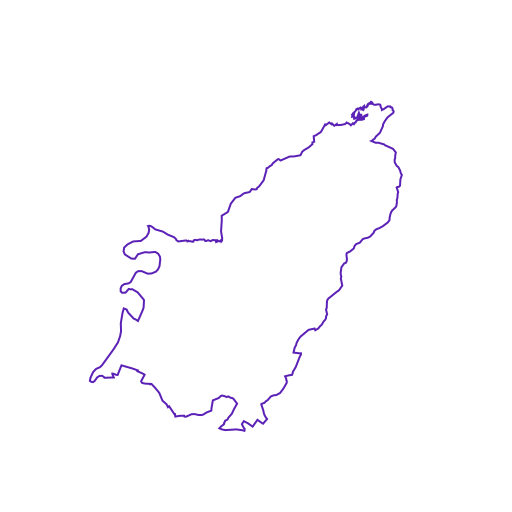 Unirea, Alba, Romania (Robinson projection), rotated 128°
{"feature_id": "2599482B55596473633613", "entity_name": "Unirea", "entity_type": "district", "adm_level": 2, "iso_a3": "ROU", "parent_name": "Romania", "parent_adm1": "Alba", "projection": "robinson", "projection_center": [23.708, 46.42], "detail": "fine", "context": "isolated", "style": "outline", "palette": "violet", "viewbox_px": 512, "rotation_deg": 128, "n_neighbors": 0, "source": "geoboundaries", "source_scale": "gbopen_adm2", "svg_char_len": 6011}
<svg xmlns="http://www.w3.org/2000/svg" viewBox="0 0 512 512"><g transform="rotate(128 256 256)"><path d="M297.0,351.6L297.0,355.9L297.3,357.6L298.1,359.0L298.8,359.5L299.0,358.9L300.9,356.5L303.8,354.9L308.1,354.2L315.0,356.0L320.1,361.7L325.7,364.3L330.5,365.1L333.9,363.2L335.5,360.4L334.8,352.7L332.7,349.7L327.3,350.1L321.4,345.9L319.0,342.3L314.8,337.9L314.4,334.5L315.7,331.2L317.8,329.2L323.4,325.8L326.7,325.0L329.9,325.2L334.0,327.5L336.6,330.4L338.3,336.8L340.4,339.5L343.1,340.4L353.7,338.7L356.1,339.6L359.1,342.4L362.1,343.4L364.9,342.7L367.2,340.8L367.4,338.8L365.1,336.2L360.3,336.0L359.5,334.3L358.3,333.0L357.5,326.9L359.5,317.5L360.1,316.8L365.9,312.8L368.5,311.9L379.9,309.0L380.0,311.2L380.6,313.9L379.4,321.6L378.3,324.3L377.8,324.9L378.7,327.9L383.1,326.1L392.3,321.1L398.4,316.0L402.7,313.8L409.0,311.6L417.4,310.8L436.7,310.1L439.7,310.5L443.4,312.5L447.7,312.9L453.8,311.5L456.7,310.0L456.6,308.5L455.8,306.8L453.9,306.2L449.4,306.4L446.7,305.4L445.1,303.3L445.0,301.3L445.3,300.5L439.3,293.3L437.6,296.4L437.1,296.8L436.5,295.8L435.7,292.9L434.9,291.8L425.0,294.7L420.8,284.3L418.9,278.7L419.8,278.5L418.5,273.5L418.1,270.7L425.5,269.4L426.0,268.1L426.1,267.5L424.9,264.9L421.8,260.5L422.1,260.3L421.2,259.5L422.0,254.2L423.4,248.0L427.6,240.6L427.9,235.3L429.3,232.3L427.9,232.0L431.0,222.5L430.6,222.3L432.2,220.7L428.9,217.7L426.1,214.3L426.6,213.5L425.7,212.2L420.4,209.4L418.5,207.3L416.6,203.3L414.7,200.8L413.1,199.8L409.7,198.6L405.3,196.0L403.3,197.4L396.3,201.1L390.8,197.9L388.2,197.6L386.9,196.9L385.8,194.6L385.2,192.2L383.7,191.4L383.3,188.6L382.5,187.0L382.4,185.8L384.0,180.0L390.5,179.0L395.2,177.9L400.3,178.2L402.6,177.8L404.8,178.9L406.3,178.4L407.3,178.4L407.6,177.9L408.5,177.7L411.4,178.5L414.3,178.8L413.7,176.2L412.1,173.0L404.8,164.8L401.7,159.5L400.9,157.5L399.3,158.4L399.0,159.7L397.2,163.6L393.6,163.9L392.8,159.3L392.5,153.6L384.2,154.0L384.1,150.6L383.8,147.2L377.6,146.9L376.9,149.6L376.0,151.6L374.4,153.9L373.5,154.7L369.6,160.6L368.6,160.3L366.4,158.9L364.5,158.8L362.5,158.1L357.4,157.8L354.8,156.2L353.1,154.4L349.2,152.7L343.5,152.8L337.1,153.7L335.6,154.7L335.0,155.9L334.1,156.6L332.9,159.0L330.0,156.8L327.4,154.4L324.2,155.7L319.1,156.3L308.8,159.4L306.0,159.9L305.0,160.7L305.8,161.6L309.0,167.0L304.4,169.1L301.8,169.5L299.1,170.6L295.5,171.2L292.1,171.3L281.8,169.1L277.1,165.2L278.0,163.6L274.7,162.3L272.1,162.3L269.7,161.9L266.0,162.4L263.5,162.2L261.8,162.6L260.3,163.7L258.2,164.0L255.0,167.9L253.4,168.3L248.0,172.2L247.0,172.6L245.1,172.8L234.4,170.3L232.2,169.5L226.2,169.8L221.6,175.2L219.7,176.1L218.2,178.0L216.9,179.1L212.7,181.5L212.1,181.8L208.2,181.9L207.4,181.9L206.0,181.0L204.1,181.4L202.5,182.4L199.6,185.3L198.4,186.1L197.6,186.2L194.6,184.7L189.9,183.6L187.4,184.5L184.9,184.4L181.6,182.4L177.1,182.3L175.3,181.3L172.9,179.2L170.3,178.0L165.0,177.6L163.5,178.2L160.9,177.7L158.3,176.1L154.7,174.5L148.4,172.8L145.4,172.9L144.1,174.0L140.2,175.9L137.7,176.6L136.1,176.7L131.8,176.0L130.4,176.1L127.4,177.7L124.9,179.7L123.4,180.2L119.8,182.6L118.1,183.3L115.4,187.4L114.6,187.1L113.5,186.0L111.9,185.8L106.9,189.3L102.3,191.0L101.7,192.8L100.0,194.9L98.4,198.3L98.3,200.7L96.8,204.3L94.9,206.0L93.0,206.7L91.5,207.9L88.3,209.6L87.2,214.0L89.3,222.6L89.2,223.8L91.4,229.3L93.1,231.4L94.3,235.9L93.3,235.4L92.0,235.3L90.3,234.7L88.3,235.1L82.7,234.2L75.9,235.8L74.0,236.9L70.6,237.5L65.8,237.7L58.7,236.0L57.7,236.3L57.1,236.8L56.9,238.3L55.9,238.9L55.5,239.7L55.3,240.7L56.0,241.5L55.5,242.3L57.1,244.4L61.7,245.8L63.4,246.7L62.7,247.3L61.7,249.6L60.7,250.6L60.3,251.4L61.3,253.2L63.4,255.0L64.3,256.6L64.2,257.6L63.5,258.9L63.8,261.2L64.0,259.9L65.7,260.7L65.6,259.5L66.5,260.6L67.5,261.3L68.2,261.2L68.5,260.5L69.3,260.4L69.5,261.0L70.0,261.0L70.8,260.5L71.8,261.6L71.7,263.0L71.4,263.2L72.3,263.4L73.4,263.1L73.7,261.8L74.0,261.6L74.2,262.2L75.0,261.7L75.2,262.9L75.7,263.3L74.7,264.4L74.9,264.6L74.7,265.0L76.4,265.6L77.1,265.4L77.5,265.9L77.2,266.4L78.4,267.3L79.3,267.3L78.5,267.1L78.8,266.9L82.3,266.9L82.7,267.3L84.4,267.3L84.2,267.1L84.6,266.8L84.7,266.3L83.2,266.3L84.7,265.7L85.5,266.3L85.2,266.8L86.5,266.4L87.1,266.6L86.9,266.4L87.2,266.1L86.4,265.6L85.0,265.5L86.1,264.8L85.9,264.5L86.0,264.1L85.2,264.1L85.9,263.9L85.6,263.3L86.3,264.1L86.8,263.6L86.9,263.9L87.2,263.5L87.1,263.3L87.4,263.1L87.1,262.7L84.4,261.6L79.8,263.1L80.8,261.6L80.4,260.8L80.5,260.5L79.3,259.3L81.4,260.7L81.6,260.3L81.2,259.6L81.6,259.5L82.2,260.1L82.4,259.8L83.0,260.7L83.3,260.3L83.1,259.6L81.7,257.7L77.9,256.4L76.0,255.3L76.3,255.0L77.5,254.9L79.4,256.2L81.7,257.0L82.2,256.7L82.0,256.1L81.5,256.0L81.7,255.7L81.3,255.5L81.7,255.2L83.2,256.3L82.1,257.1L85.2,259.8L85.4,259.6L84.6,258.4L84.7,258.0L85.3,258.7L85.2,259.0L86.5,259.5L86.6,260.0L88.6,260.1L89.3,259.7L90.3,260.2L91.8,260.0L91.7,261.3L94.6,261.7L94.4,262.8L94.6,264.8L95.1,266.8L95.9,266.7L97.3,267.1L100.7,270.0L103.0,272.8L102.2,273.6L105.2,274.5L104.8,277.7L105.7,277.6L105.7,280.5L109.7,281.5L110.0,281.6L109.8,282.5L118.3,281.2L123.9,283.1L126.1,284.3L130.1,280.5L131.8,281.5L133.1,280.4L137.9,281.3L142.7,283.2L145.3,283.8L149.2,283.0L153.7,286.9L157.0,290.8L165.6,295.4L165.7,297.8L166.4,298.4L172.5,299.8L174.9,299.6L176.6,300.4L179.2,300.9L180.3,301.7L181.5,301.1L182.0,300.6L191.6,296.6L199.0,296.4L201.7,297.0L203.0,296.6L204.3,297.9L205.9,300.6L209.1,300.3L210.3,301.0L213.3,303.6L214.9,304.4L218.6,305.3L222.8,308.1L230.2,308.1L238.2,305.4L239.0,305.4L245.4,307.8L249.0,304.9L258.1,298.7L262.7,293.7L264.8,292.2L266.1,292.3L265.4,293.4L266.9,293.8L267.3,294.6L267.4,295.9L268.5,295.4L269.6,296.0L269.3,296.5L268.3,296.6L268.1,297.0L270.1,300.0L272.2,300.8L273.0,303.4L274.7,304.4L275.4,305.1L274.9,306.7L275.0,307.3L276.4,308.6L277.1,309.9L278.4,311.2L279.9,312.1L280.2,313.1L281.3,314.4L282.2,314.7L283.0,314.2L283.7,314.5L284.9,317.1L285.6,317.9L285.6,318.7L286.8,319.1L286.6,320.3L287.0,320.9L292.3,326.1L292.5,327.7L292.4,328.8L291.9,329.6L291.6,332.1L293.5,338.7L294.1,344.4L297.0,351.6Z" fill="none" stroke="#5b21b6" stroke-width="2"/></g></svg>